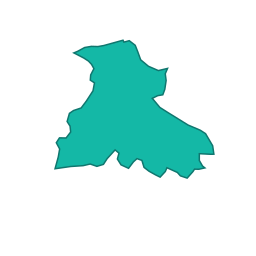 the district of Hampyeong-gun, South Jeolla, South Korea, rotated 303°
{"feature_id": "91817680B7912985797785", "entity_name": "Hampyeong-gun", "entity_type": "district", "adm_level": 2, "iso_a3": "KOR", "parent_name": "South Korea", "parent_adm1": "South Jeolla", "projection": "equal_earth", "projection_center": [126.541, 35.102], "detail": "fine", "context": "isolated", "style": "filled", "palette": "teal", "viewbox_px": 256, "rotation_deg": 303, "n_neighbors": 0, "source": "geoboundaries", "source_scale": "gbopen_adm2", "svg_char_len": 1094}
<svg xmlns="http://www.w3.org/2000/svg" viewBox="0 0 256 256"><g transform="rotate(303 128 128)"><path d="M199.5,128.7L192.7,122.2L190.9,111.5L192.1,101.5L197.3,94.6L201.3,89.0L201.9,81.5L197.8,77.8L198.9,76.0L184.0,62.8L179.9,58.4L176.5,52.8L171.9,47.8L164.9,44.0L161.5,41.7L162.6,52.8L162.6,58.4L161.5,62.8L159.2,67.1L152.2,67.8L147.6,70.3L147.6,75.3L140.1,78.4L128.0,78.4L119.3,77.8L113.0,72.8L108.4,70.9L100.3,73.4L98.0,78.4L93.4,82.1L85.9,81.5L82.4,75.9L76.6,75.9L73.2,82.1L65.7,85.3L54.1,89.0L64.5,100.9L72.0,110.9L77.2,115.9L78.9,122.8L84.1,127.2L91.0,127.2L102.6,129.1L102.0,134.1L96.2,136.0L93.3,142.2L94.5,150.4L102.6,151.0L107.2,152.2L108.4,157.3L103.7,162.9L103.2,169.2L103.7,176.7L104.3,181.7L111.8,183.0L115.9,182.3L117.6,193.6L116.4,198.0L118.2,204.9L126.8,206.2L129.7,206.2L132.0,209.9L136.4,214.2L136.7,211.2L139.6,205.5L145.3,201.8L151.1,211.8L152.8,214.3L159.2,208.7L165.5,196.1L165.5,189.9L163.2,176.7L162.7,153.5L162.6,143.5L166.1,132.2L171.3,135.3L174.8,139.1L180.5,137.8L188.6,134.1L193.8,129.7L199.5,128.7Z" fill="#14b8a6" stroke="#0f766e" stroke-width="1.5"/></g></svg>